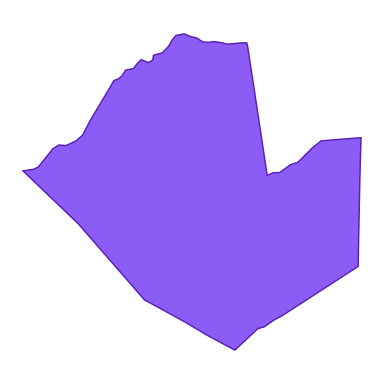 the district of Janduís, Rio Grande do Norte, Brazil
{"feature_id": "56859067B51119981613675", "entity_name": "Janduís", "entity_type": "district", "adm_level": 2, "iso_a3": "BRA", "parent_name": "Brazil", "parent_adm1": "Rio Grande do Norte", "projection": "orthographic", "projection_center": [-37.487, -5.995], "detail": "fine", "context": "isolated", "style": "filled", "palette": "violet", "viewbox_px": 384, "rotation_deg": 0, "n_neighbors": 0, "source": "geoboundaries", "source_scale": "gbopen_adm2", "svg_char_len": 778}
<svg xmlns="http://www.w3.org/2000/svg" viewBox="0 0 384 384"><path d="M246.8,42.9L241.2,42.9L234.2,43.6L227.4,44.1L220.4,42.5L213.7,41.6L208.9,42.4L202.8,41.9L196.7,38.0L190.0,36.3L184.3,33.9L176.0,35.4L172.4,39.7L168.6,46.3L162.2,52.9L153.5,55.2L152.7,60.2L148.4,62.5L141.1,59.7L137.4,63.4L133.3,68.6L125.6,70.1L122.1,75.7L118.3,79.0L113.9,80.5L109.9,87.6L90.1,120.7L82.6,135.2L76.0,140.9L66.0,145.6L59.0,145.0L53.1,148.5L38.3,167.0L33.9,169.2L23.0,170.9L78.4,223.9L144.5,299.9L162.5,309.7L185.3,322.2L207.4,335.4L234.8,350.1L257.9,328.6L264.1,326.9L273.7,320.2L282.7,315.3L358.1,266.4L359.8,180.9L361.0,137.7L321.2,140.8L312.4,147.8L297.8,162.4L290.8,164.5L279.6,172.6L273.6,172.6L267.2,175.4L247.8,47.5L246.8,42.9Z" fill="#8b5cf6" stroke="#5b21b6" stroke-width="1.5"/></svg>